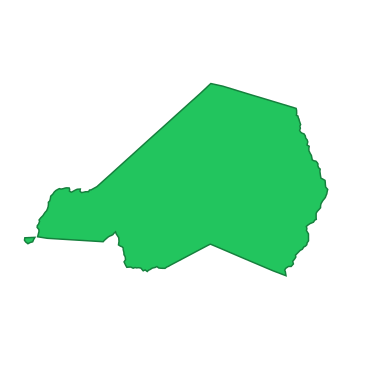 Timbiras, Maranhão, Brazil (orthographic projection), rotated 28°
{"feature_id": "56859067B24703899222248", "entity_name": "Timbiras", "entity_type": "district", "adm_level": 2, "iso_a3": "BRA", "parent_name": "Brazil", "parent_adm1": "Maranhão", "projection": "orthographic", "projection_center": [-43.817, -4.17], "detail": "fine", "context": "isolated", "style": "filled", "palette": "green", "viewbox_px": 384, "rotation_deg": 28, "n_neighbors": 0, "source": "geoboundaries", "source_scale": "gbopen_adm2", "svg_char_len": 2620}
<svg xmlns="http://www.w3.org/2000/svg" viewBox="0 0 384 384"><g transform="rotate(28 192 192)"><path d="M244.7,69.3L226.8,72.8L197.3,78.7L185.0,81.1L169.5,84.1L157.7,87.4L156.9,89.7L153.0,101.2L149.1,111.8L141.8,131.9L136.4,146.9L130.2,163.8L110.8,217.5L105.5,232.0L103.4,235.2L101.9,237.5L100.6,238.4L100.5,240.3L97.8,241.8L96.4,243.1L94.7,244.4L92.7,243.9L92.0,241.8L89.3,243.5L88.0,245.2L86.7,247.2L85.5,248.9L83.4,248.8L82.8,247.2L81.7,246.1L79.5,247.1L78.2,248.0L76.6,249.6L75.0,250.9L73.3,251.3L72.1,253.0L71.1,254.6L70.4,256.6L70.1,259.3L69.2,262.0L70.0,264.2L70.6,266.6L70.0,268.5L71.0,270.2L71.9,272.5L72.3,274.9L72.4,276.9L71.9,278.7L71.6,281.0L71.5,282.7L71.1,284.1L70.6,285.7L70.1,288.5L71.2,289.5L71.6,292.4L71.2,294.3L71.9,296.0L74.4,297.0L75.4,298.6L75.9,300.7L76.7,304.0L86.0,300.8L136.9,277.6L137.3,275.9L138.4,272.9L139.2,270.9L140.0,269.6L141.3,268.1L142.2,266.7L142.4,265.2L143.2,263.1L144.7,264.5L147.1,265.8L148.7,266.7L150.7,269.8L151.9,273.2L154.1,273.4L155.8,273.2L157.4,273.6L158.4,275.3L160.2,277.3L161.4,279.3L163.4,280.5L165.1,283.0L164.8,285.6L167.6,287.7L169.8,289.1L171.5,288.0L173.2,287.0L175.8,286.9L177.2,285.4L178.8,285.0L180.1,284.0L182.5,283.2L185.9,284.5L187.2,282.8L189.8,283.2L190.3,281.6L191.6,279.8L192.7,277.8L194.9,275.9L196.0,274.3L198.3,274.7L200.6,273.8L204.0,272.1L205.0,270.0L206.1,268.7L207.1,267.0L231.5,231.0L232.7,229.4L239.2,228.8L269.0,226.3L300.8,223.5L314.3,221.8L311.8,218.5L310.5,217.4L310.6,215.4L312.1,212.5L314.5,211.2L315.3,207.9L313.5,206.0L314.1,202.6L314.2,200.7L313.0,199.1L313.6,197.3L314.3,194.9L314.9,192.8L316.3,190.7L316.5,188.1L317.6,186.5L318.1,184.7L317.5,182.7L317.8,180.4L314.5,174.3L311.1,172.3L310.7,170.5L309.1,168.7L310.0,166.5L311.1,164.4L312.3,163.0L313.4,161.6L313.6,159.2L314.6,157.8L313.7,156.5L312.7,154.6L311.6,152.5L311.7,150.4L312.3,148.1L312.9,145.6L312.0,143.8L311.4,141.8L311.5,138.9L311.7,137.3L312.1,135.7L312.3,134.1L312.0,132.1L311.9,130.4L311.2,128.3L310.6,126.0L307.7,124.9L306.0,122.4L305.2,121.0L304.0,119.3L301.5,119.2L299.3,119.2L297.9,117.4L295.2,113.7L294.4,111.6L292.3,111.1L290.6,109.5L290.1,108.1L288.8,107.3L286.9,106.6L285.0,107.2L283.1,107.2L282.0,105.8L280.3,103.7L278.2,102.4L275.9,100.7L274.7,98.6L274.0,96.6L271.5,96.5L270.7,93.4L269.2,91.9L267.2,91.1L265.6,89.2L263.7,88.1L261.2,88.4L259.7,88.1L258.0,87.0L257.8,84.9L256.3,83.2L256.3,81.5L254.9,80.2L253.3,78.7L252.3,77.5L250.8,76.4L249.9,75.2L248.2,75.3L247.6,73.6L246.0,70.8L244.7,69.3ZM74.6,305.8L65.9,310.9L66.7,313.2L68.6,314.2L71.4,314.7L72.9,312.5L74.7,310.8L74.5,308.5L74.6,305.8Z" fill="#22c55e" stroke="#15803d" stroke-width="1.5"/></g></svg>